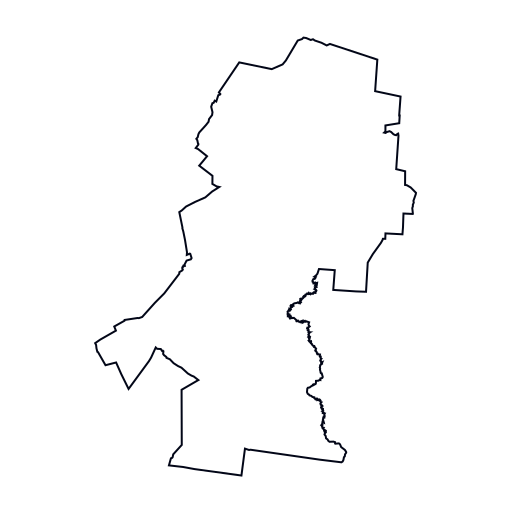 outline of Dragodana, Dâmbovita, Romania, rotated 182°
{"feature_id": "2599482B2320004497345", "entity_name": "Dragodana", "entity_type": "district", "adm_level": 2, "iso_a3": "ROU", "parent_name": "Romania", "parent_adm1": "Dâmbovita", "projection": "mercator", "projection_center": [25.385, 44.759], "detail": "fine", "context": "isolated", "style": "outline", "palette": "ink", "viewbox_px": 512, "rotation_deg": 182, "n_neighbors": 0, "source": "geoboundaries", "source_scale": "gbopen_adm2", "svg_char_len": 6096}
<svg xmlns="http://www.w3.org/2000/svg" viewBox="0 0 512 512"><g transform="rotate(182 256 256)"><path d="M246.8,443.3L279.5,448.9L298.8,418.2L297.3,416.6L297.7,416.0L299.3,415.4L301.1,409.0L302.7,409.8L303.7,407.6L304.9,407.2L306.0,403.6L304.5,398.2L304.8,395.3L307.7,391.2L308.1,388.5L310.5,385.2L317.0,377.5L317.8,375.7L318.4,372.7L319.7,371.0L318.7,369.7L317.9,366.4L317.5,366.0L317.5,365.3L320.0,361.8L317.7,360.9L308.4,354.0L315.9,344.3L302.3,334.6L302.1,326.5L297.8,324.2L295.1,323.7L302.1,318.9L308.7,312.8L318.8,307.9L327.6,303.0L331.8,298.9L334.2,297.2L330.5,281.9L330.6,281.3L329.5,277.9L327.5,269.5L325.1,257.3L325.2,254.7L322.3,256.1L321.8,255.9L320.3,251.7L320.5,251.3L321.0,250.4L325.2,249.0L327.1,245.0L326.8,243.8L328.2,243.9L328.4,243.4L328.1,243.0L329.0,242.4L328.9,241.8L329.3,241.5L329.1,240.4L328.7,239.8L329.2,239.0L332.0,237.2L332.1,235.5L346.4,215.4L355.4,205.7L367.6,191.1L370.9,189.8L372.2,189.9L385.1,187.5L385.2,186.7L395.2,180.6L393.4,176.5L408.6,167.1L413.7,163.3L412.7,161.5L412.2,158.1L411.2,154.7L410.5,154.4L402.6,141.6L392.1,144.7L386.6,133.4L378.7,118.7L359.3,147.2L357.3,150.8L353.0,161.1L351.6,159.8L347.9,159.7L346.5,157.8L345.8,158.1L345.2,157.6L345.4,154.9L344.5,153.7L342.1,152.0L341.9,151.1L338.5,149.8L334.6,146.0L330.1,143.3L326.6,141.8L320.0,136.2L316.3,134.2L314.0,133.4L309.3,130.0L325.7,119.7L323.6,64.6L331.8,54.9L332.3,52.0L332.7,51.4L333.9,50.9L334.1,50.3L335.7,43.7L321.5,42.6L310.0,40.9L262.9,36.1L260.3,63.1L256.2,61.9L254.7,62.2L185.3,54.7L163.4,52.8L162.2,53.7L161.5,55.3L161.1,58.0L160.3,58.8L160.1,60.9L159.0,62.6L159.1,63.4L160.4,65.3L164.2,68.0L165.4,70.6L166.2,71.4L167.0,71.6L170.2,71.2L170.5,71.7L170.5,72.7L172.2,73.2L176.0,72.9L177.2,73.7L178.1,75.2L179.6,76.2L180.1,78.6L181.3,80.0L181.0,81.1L180.3,81.9L181.2,82.5L181.2,82.9L180.1,83.1L180.1,83.6L181.7,83.5L181.9,83.9L181.9,84.2L181.2,84.5L183.2,85.9L182.5,86.8L183.8,87.2L184.3,88.4L183.8,89.2L184.7,89.4L184.0,90.5L183.8,92.3L182.3,91.7L182.5,92.5L183.0,93.0L183.0,93.9L183.4,94.1L183.5,94.5L183.2,95.4L183.3,96.3L182.2,96.8L182.7,97.5L182.2,97.8L182.4,98.2L181.8,98.5L182.2,100.2L181.8,101.0L182.6,101.1L182.5,101.5L182.8,101.7L183.8,101.5L183.8,103.0L184.2,103.2L183.5,103.7L184.4,104.9L183.7,105.2L183.7,105.6L185.7,106.7L185.6,107.3L185.1,107.7L185.2,108.0L184.4,108.5L185.1,109.3L186.1,109.6L186.5,110.7L185.6,112.0L186.2,112.1L186.4,113.2L187.3,113.5L187.3,114.0L186.8,114.2L187.1,114.6L187.7,114.9L188.6,114.3L189.1,114.7L189.6,114.4L189.7,115.5L190.0,115.7L190.7,115.6L190.4,114.5L191.6,114.8L192.1,115.6L192.7,115.9L192.8,116.8L194.7,117.1L195.8,118.1L197.7,118.6L198.1,119.3L199.5,120.1L200.3,121.8L200.1,125.2L199.6,126.1L197.8,126.5L196.1,127.9L194.1,128.9L194.5,129.5L194.1,129.8L192.1,130.0L191.7,131.0L191.7,133.3L189.1,133.6L188.1,134.5L187.3,134.3L187.3,135.9L185.6,136.4L185.2,137.0L185.1,137.6L186.2,141.0L187.0,141.1L187.4,141.7L187.4,142.4L188.1,144.6L188.0,146.0L188.4,146.8L188.1,147.7L188.1,149.1L186.2,150.6L186.4,151.2L186.0,152.2L187.2,151.6L187.3,153.1L188.1,153.6L187.7,154.3L187.8,154.8L187.1,155.6L187.7,155.9L187.8,157.6L188.5,157.5L188.8,157.9L188.6,159.8L191.2,159.9L191.5,160.3L191.2,160.9L191.9,161.4L192.1,162.3L193.3,163.3L192.9,163.6L193.2,164.4L192.7,165.4L193.6,166.5L194.7,167.0L194.4,167.8L194.6,168.1L195.9,168.3L197.0,169.5L197.1,170.1L198.2,170.7L198.4,171.2L197.9,172.0L198.0,172.7L199.3,172.3L199.5,173.2L200.1,172.9L200.4,173.3L199.6,173.8L200.2,175.5L199.5,175.6L199.3,176.6L199.6,176.9L199.4,177.2L199.8,177.4L200.4,177.1L200.4,176.8L200.9,177.0L200.2,178.0L200.6,178.3L200.4,178.9L200.9,179.5L200.0,180.7L200.1,181.3L199.4,181.7L200.9,181.8L200.8,183.3L201.4,183.5L201.0,184.0L201.0,184.5L201.4,185.1L202.4,185.3L202.2,186.2L201.2,186.4L199.9,187.5L200.7,188.3L201.2,189.6L200.6,191.6L203.5,192.5L204.0,192.0L204.6,192.1L204.8,192.6L205.2,192.3L205.8,192.8L206.3,191.4L207.3,190.9L207.5,191.9L208.4,191.6L208.1,192.6L210.5,191.6L211.8,192.9L212.8,192.1L213.3,192.2L213.6,193.5L216.0,195.5L217.7,195.2L218.6,196.1L219.0,195.0L219.8,194.7L221.1,196.8L220.8,197.3L219.9,197.1L219.7,197.5L221.4,197.8L221.5,197.0L222.1,196.9L222.2,198.8L221.5,199.1L222.4,199.4L222.2,200.1L222.5,201.5L221.7,202.4L221.3,203.4L220.6,203.2L220.7,204.1L220.2,203.8L220.0,202.9L219.2,203.9L219.7,204.8L219.6,205.7L218.2,206.3L218.4,206.9L219.7,207.5L219.4,208.1L218.8,208.2L218.4,207.2L216.8,207.5L216.9,207.9L217.6,208.5L217.5,208.9L216.1,210.0L213.3,210.6L212.8,211.1L211.8,211.1L211.6,210.7L210.9,211.2L210.8,210.3L210.4,210.2L210.2,211.0L209.7,211.2L210.5,212.1L210.3,213.4L209.6,212.7L209.3,213.0L210.1,214.8L209.3,215.1L208.4,214.7L207.3,215.8L207.4,216.3L206.2,217.0L207.0,217.4L206.7,217.8L205.8,218.1L205.6,217.3L205.3,217.5L205.5,218.6L205.2,219.2L204.3,219.2L203.6,220.3L202.8,219.9L202.0,221.0L201.6,220.5L201.7,220.1L202.0,220.1L201.8,219.8L200.9,219.9L200.4,220.4L200.0,219.8L199.4,220.4L197.8,220.2L197.6,221.1L196.4,221.3L196.6,221.8L196.0,221.9L195.5,221.1L195.2,221.2L195.4,222.2L195.2,223.2L194.6,223.1L194.4,223.6L194.8,224.2L196.4,225.0L195.7,225.6L196.1,226.8L194.7,227.1L195.8,228.5L195.2,228.9L194.3,228.7L194.0,231.3L194.9,231.0L195.6,231.4L196.0,230.3L196.9,230.5L197.1,231.1L197.7,230.8L198.1,232.1L198.6,232.3L198.7,233.2L197.9,234.9L196.5,235.2L196.0,235.9L196.2,236.2L195.6,237.0L196.9,237.4L195.4,238.6L194.0,240.4L192.6,245.2L176.8,244.6L177.6,224.8L154.8,224.1L144.8,224.1L144.1,253.3L139.3,262.0L131.6,273.5L130.1,276.4L129.8,277.6L127.4,277.7L127.4,283.1L110.4,282.8L110.1,289.8L110.1,303.6L100.8,303.5L100.7,303.9L101.5,309.3L100.9,311.4L101.1,312.5L100.2,314.9L100.6,316.6L98.5,323.3L98.3,324.7L103.8,329.9L107.7,332.0L109.5,332.2L109.9,345.9L118.9,347.7L117.8,381.2L118.2,383.3L118.9,383.0L120.1,381.6L121.6,381.9L122.9,382.5L125.2,384.6L126.9,385.4L129.7,384.4L130.8,383.5L132.2,383.8L131.0,385.0L131.2,391.0L117.5,393.7L117.3,401.4L117.8,401.4L117.8,401.9L117.1,420.4L142.7,424.9L141.6,456.5L189.5,470.5L192.7,468.9L198.0,471.4L204.7,473.4L206.6,474.6L208.8,473.8L213.5,475.6L216.2,475.9L217.6,474.4L221.8,472.8L233.0,452.4L236.1,448.4L246.8,443.3Z" fill="none" stroke="#020617" stroke-width="2"/></g></svg>